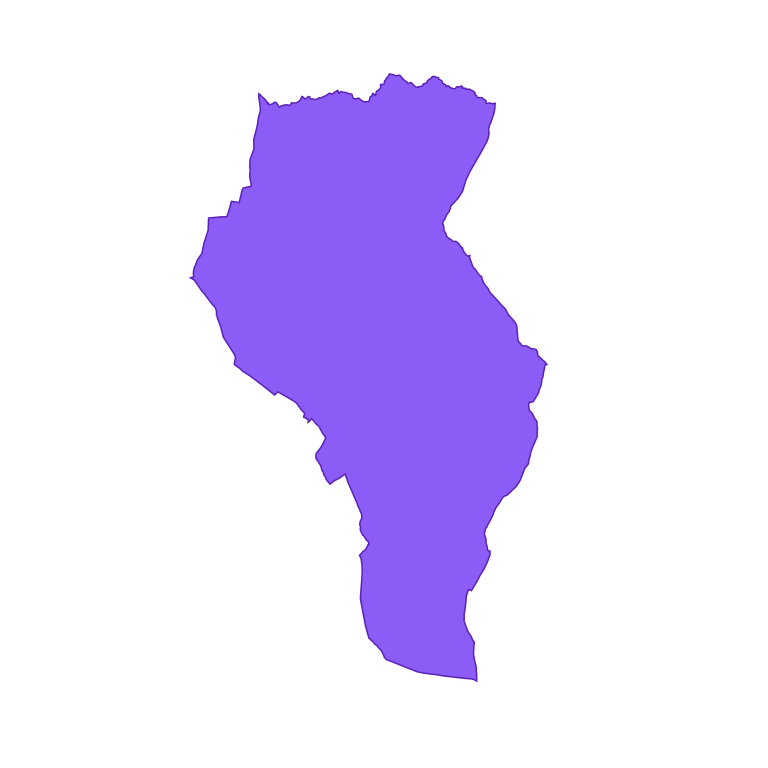 the district of Motavita, Boyacá, Colombia, rotated 168°
{"feature_id": "7082276B58425641654458", "entity_name": "Motavita", "entity_type": "district", "adm_level": 2, "iso_a3": "COL", "parent_name": "Colombia", "parent_adm1": "Boyacá", "projection": "natural_earth1", "projection_center": [-73.383, 5.614], "detail": "fine", "context": "isolated", "style": "filled", "palette": "violet", "viewbox_px": 768, "rotation_deg": 168, "n_neighbors": 0, "source": "geoboundaries", "source_scale": "gbopen_adm2", "svg_char_len": 6158}
<svg xmlns="http://www.w3.org/2000/svg" viewBox="0 0 768 768"><g transform="rotate(168 384 384)"><path d="M440.6,116.7L439.0,114.0L411.2,95.5L404.4,92.6L392.5,88.5L387.1,86.3L365.0,78.9L359.4,77.3L356.6,75.5L355.1,74.1L353.6,81.3L353.5,83.6L352.9,86.1L352.6,89.8L352.9,93.7L352.6,101.5L350.1,110.4L349.4,112.1L349.4,112.7L350.6,115.6L351.0,117.3L350.9,118.4L352.1,120.8L353.7,125.8L355.0,136.1L354.3,137.6L353.6,141.6L351.8,146.1L348.9,154.8L347.5,159.7L344.0,165.4L341.4,163.7L333.6,172.1L329.7,177.0L324.7,182.1L319.7,188.7L316.6,193.6L315.6,195.4L315.6,197.3L315.2,197.5L315.1,198.5L316.5,199.1L317.2,200.4L316.9,204.0L317.3,207.1L316.5,210.7L317.0,216.2L316.9,217.0L315.4,219.8L314.6,222.0L313.6,222.1L312.3,224.0L308.2,228.7L305.1,232.7L302.8,236.4L300.4,239.5L297.8,242.0L296.1,243.3L292.0,247.9L289.9,249.2L287.3,249.5L286.3,249.9L275.6,256.5L271.0,261.3L263.7,272.3L260.3,274.9L259.3,276.1L257.9,280.0L256.2,282.9L254.5,286.8L251.6,291.6L245.6,299.9L245.1,301.1L243.2,308.4L242.8,312.8L242.1,315.2L244.1,319.8L244.5,322.5L245.7,325.7L247.0,327.2L247.3,329.1L247.1,332.1L246.5,334.4L245.5,335.8L243.3,335.4L241.5,335.9L235.2,342.6L234.1,344.3L233.1,346.8L231.7,348.3L230.4,350.6L229.7,352.3L228.7,355.8L227.4,357.3L226.8,358.7L225.0,363.4L223.7,366.1L223.0,368.3L221.9,369.3L220.6,369.2L222.2,372.5L224.3,375.1L227.3,379.5L227.5,380.3L227.3,383.8L228.0,386.0L228.6,386.5L232.7,388.0L236.6,391.6L240.5,392.4L241.1,393.0L242.0,395.1L243.3,397.0L243.6,397.9L243.7,400.4L242.1,413.0L242.5,415.5L243.4,417.9L247.8,425.8L249.7,432.2L253.5,438.0L254.2,439.7L260.7,450.5L261.6,452.5L262.3,455.6L265.1,460.8L266.1,465.5L266.2,468.6L267.9,470.5L269.0,472.5L270.9,477.5L271.8,478.3L272.7,480.3L274.0,490.2L273.3,491.8L273.8,491.9L275.1,491.5L276.1,492.2L277.8,495.3L278.3,496.6L278.9,499.1L278.9,500.7L279.1,501.0L280.0,501.0L280.0,502.2L280.7,503.0L281.3,505.2L283.5,508.0L284.1,508.6L286.8,509.2L287.8,509.8L288.0,511.0L289.1,511.8L291.5,514.6L292.2,516.2L292.2,518.8L293.2,520.8L293.4,521.9L292.8,525.8L293.1,529.6L292.7,530.2L290.3,532.6L287.4,536.5L284.2,539.5L282.4,542.2L281.8,544.1L273.3,550.0L267.2,556.0L261.4,566.5L256.0,573.7L241.3,590.0L232.9,599.8L230.9,603.0L229.0,607.6L228.9,610.8L227.5,614.3L224.6,618.4L220.1,626.0L218.3,630.4L217.4,634.0L216.8,635.2L217.3,635.7L218.3,635.4L219.8,635.6L221.9,636.9L224.4,636.9L225.6,637.3L225.8,637.6L225.3,639.3L225.6,640.4L227.9,642.3L228.5,643.6L233.4,645.0L233.6,645.5L233.6,647.2L234.4,647.7L234.8,648.4L234.4,649.8L234.9,650.7L236.1,652.2L239.4,654.8L241.7,654.9L242.0,655.1L242.4,656.1L244.4,656.8L245.4,656.8L245.7,657.0L245.3,658.2L246.2,659.4L249.3,658.8L250.4,659.7L251.6,659.2L252.8,658.2L253.8,658.1L256.6,659.4L257.0,660.0L258.1,660.7L258.4,661.6L259.2,662.3L259.6,662.4L261.0,661.9L261.4,662.0L261.4,663.4L261.7,664.1L263.1,665.0L264.3,666.2L264.0,667.2L264.3,668.2L265.4,669.5L267.0,670.7L266.9,671.8L267.2,672.4L269.5,673.2L269.9,673.8L271.6,674.7L273.3,674.4L274.2,673.2L275.9,672.9L278.3,671.6L279.5,669.7L282.9,669.4L284.7,667.6L285.8,667.4L288.0,667.6L289.8,667.3L291.2,668.1L292.2,669.1L294.3,672.6L295.3,673.4L296.1,673.4L297.2,672.8L298.4,672.9L298.9,674.9L300.6,676.4L302.3,678.9L303.9,682.1L304.7,682.7L305.2,683.0L307.9,682.8L311.5,685.1L314.2,686.1L314.8,685.8L314.9,684.8L315.3,684.4L317.3,683.4L319.0,681.3L320.5,680.3L321.2,677.9L321.7,677.4L322.4,677.2L324.9,677.7L325.2,677.4L325.7,674.4L328.7,672.3L330.5,671.9L332.2,668.2L332.7,668.2L334.0,670.3L334.6,670.5L335.1,670.1L335.2,668.6L337.4,668.0L338.0,667.5L339.6,664.0L340.0,663.6L340.8,663.6L344.4,664.1L345.4,664.7L346.8,665.7L349.2,668.9L352.1,668.7L353.1,668.9L354.3,669.5L355.0,670.4L355.0,673.3L355.3,674.2L358.1,675.4L360.0,676.5L360.6,677.2L362.4,677.5L365.1,678.9L365.7,679.0L367.3,677.7L367.9,678.0L368.0,680.3L368.5,680.9L370.2,680.0L371.8,679.7L373.9,678.5L374.9,678.4L376.8,679.8L381.7,677.9L383.6,677.8L386.1,676.8L388.4,677.5L389.9,676.6L392.1,676.5L394.1,677.5L396.4,678.1L396.9,678.6L396.8,679.9L397.1,680.6L397.7,680.8L398.5,680.8L401.3,679.3L402.2,679.3L403.7,681.8L404.5,682.3L406.5,679.6L408.2,678.3L411.4,677.2L412.8,677.3L415.9,678.3L416.4,678.1L417.5,676.3L418.2,676.1L420.2,677.1L423.0,677.6L427.6,677.2L428.6,676.6L429.1,676.7L430.5,680.9L431.3,682.0L432.6,682.4L434.6,681.3L437.8,680.9L438.2,681.3L438.7,682.7L439.3,682.2L439.6,683.6L441.3,687.4L444.4,691.2L444.3,691.8L446.0,693.9L446.9,690.7L447.3,682.4L448.0,677.4L451.7,670.0L454.3,662.9L460.5,650.4L462.4,640.8L468.4,631.4L470.1,624.6L470.5,620.7L471.5,617.6L472.4,613.6L472.3,608.4L472.7,605.0L481.0,605.0L483.0,602.0L487.9,591.6L495.2,594.4L500.1,585.1L503.1,580.3L508.8,581.4L521.0,582.8L522.2,578.8L522.4,577.0L523.3,574.4L523.9,571.2L530.9,559.0L535.0,549.6L540.9,544.0L543.4,539.9L545.3,537.6L546.8,534.1L547.6,531.3L547.8,528.5L551.2,528.1L548.4,525.5L547.4,523.9L543.0,513.2L540.8,509.1L535.4,497.6L533.6,494.7L533.1,493.4L532.8,491.2L533.0,488.6L533.5,486.6L533.2,485.5L533.3,483.6L531.9,473.9L531.4,463.1L524.5,444.9L523.8,442.0L524.0,440.1L526.1,435.4L526.2,434.5L525.9,433.5L521.9,429.3L521.4,428.4L520.9,428.2L520.3,426.7L519.7,426.0L514.0,420.4L507.6,413.2L505.9,411.0L503.2,408.2L501.8,406.2L498.3,402.2L493.4,396.0L491.6,396.9L489.7,398.3L489.1,398.1L475.5,385.8L473.3,383.0L470.4,376.2L467.7,371.9L469.5,368.3L467.6,366.9L465.9,365.0L465.4,364.1L466.2,362.5L464.7,363.1L462.1,365.1L460.8,363.1L458.6,358.8L456.5,356.2L454.5,349.1L452.1,343.6L456.0,338.4L459.1,334.9L464.6,330.3L465.2,329.3L465.6,327.8L466.0,325.1L465.3,323.8L462.8,316.9L462.7,312.8L461.7,310.0L461.9,308.7L461.3,307.6L461.6,306.8L460.3,304.6L460.5,302.9L457.9,297.8L457.6,297.3L454.9,298.5L453.6,299.4L446.8,301.3L440.7,304.0L439.5,294.5L435.2,273.1L434.8,269.5L434.1,267.6L433.7,264.2L432.9,260.8L434.0,256.8L435.9,254.4L437.0,251.7L436.7,249.4L437.6,246.0L436.3,240.6L435.6,240.0L434.8,238.4L433.7,234.9L432.2,233.2L432.0,230.2L432.9,230.3L433.6,229.2L437.0,225.5L439.4,224.5L443.6,221.4L442.7,218.1L443.1,212.6L444.0,206.3L445.5,200.4L451.6,179.6L451.8,177.2L452.4,151.2L451.6,138.5L450.1,136.7L449.7,135.5L448.6,134.7L447.4,131.9L445.0,129.1L444.4,127.5L442.0,123.6L440.6,118.1L440.6,116.7Z" fill="#8b5cf6" stroke="#5b21b6" stroke-width="1.5"/></g></svg>